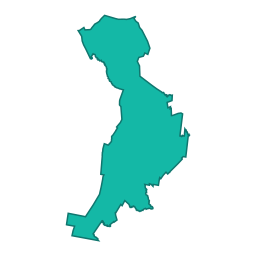 San Salvador, Entre Ríos, Argentina
{"feature_id": "61730980B4034945746834", "entity_name": "San Salvador", "entity_type": "district", "adm_level": 2, "iso_a3": "ARG", "parent_name": "Argentina", "parent_adm1": "Entre Ríos", "projection": "equal_earth", "projection_center": [-58.492, -31.58], "detail": "fine", "context": "isolated", "style": "filled", "palette": "teal", "viewbox_px": 256, "rotation_deg": 0, "n_neighbors": 0, "source": "geoboundaries", "source_scale": "gbopen_adm2", "svg_char_len": 5707}
<svg xmlns="http://www.w3.org/2000/svg" viewBox="0 0 256 256"><path d="M135.8,16.4L130.1,18.7L126.7,19.4L124.0,19.2L118.4,19.3L115.9,18.7L104.6,15.4L101.4,18.5L99.8,20.5L99.6,21.1L97.5,22.6L94.8,24.1L91.9,27.7L90.9,29.2L90.1,29.6L85.0,29.9L83.9,27.5L79.4,30.5L78.2,30.6L81.7,36.4L82.2,41.0L83.6,44.8L85.8,49.0L90.4,58.6L90.7,58.5L91.3,59.0L91.5,59.0L92.1,58.5L92.3,58.3L92.2,57.8L91.9,57.7L91.3,57.8L91.6,57.1L91.2,56.7L91.7,56.2L92.0,55.3L92.6,54.9L92.8,54.1L93.1,53.8L93.6,54.3L94.5,54.3L95.0,54.5L95.1,55.0L95.4,55.6L95.3,56.1L95.5,56.5L96.3,57.7L96.8,57.5L97.0,57.6L97.1,58.0L97.6,58.3L97.4,59.0L97.9,59.0L98.0,59.8L98.6,59.5L98.9,59.6L98.9,60.1L99.3,60.2L99.7,60.8L100.0,60.6L100.4,60.6L101.3,60.3L101.4,60.6L101.3,61.3L101.5,61.5L102.4,61.9L102.9,61.7L103.1,61.8L103.4,62.3L104.1,62.4L104.1,62.8L104.0,63.2L104.2,63.4L104.6,63.5L104.5,64.2L104.9,64.2L105.1,64.5L104.9,65.3L106.2,66.5L106.4,67.3L106.4,67.8L106.4,68.1L106.9,68.5L106.9,69.4L106.6,69.9L106.8,70.4L106.5,70.8L106.7,71.3L106.4,71.9L106.7,72.3L106.7,73.2L107.0,74.4L107.3,74.7L107.4,75.0L107.3,75.6L107.3,76.0L107.6,76.4L108.0,76.6L108.3,77.2L108.1,78.2L108.1,78.5L108.9,78.8L109.1,79.4L109.6,79.8L109.3,80.4L109.3,80.6L109.7,81.2L111.2,81.8L111.3,82.0L111.3,82.7L111.6,83.1L111.8,83.7L112.4,83.9L112.5,84.8L113.9,85.7L114.6,86.6L114.9,86.4L115.2,86.6L115.4,87.1L117.0,87.9L118.0,88.1L119.7,88.9L120.2,88.9L121.6,89.4L123.4,89.8L119.9,99.6L119.6,100.9L119.5,104.9L120.9,106.6L121.9,119.4L120.4,122.5L116.6,127.0L117.5,128.0L116.3,129.7L116.2,130.2L115.8,130.6L115.8,130.8L113.0,135.0L111.9,136.1L111.6,136.8L111.8,138.6L111.5,139.1L111.6,139.4L111.4,141.6L111.1,142.0L110.6,142.2L110.3,142.6L109.9,143.5L109.4,143.6L109.3,144.0L109.0,144.2L108.9,144.6L108.2,145.1L104.3,143.7L102.9,148.9L102.7,151.8L102.4,152.2L102.2,155.6L102.3,155.8L100.8,174.2L100.8,174.3L103.9,174.9L103.5,175.7L103.0,176.8L102.6,179.6L101.1,187.4L99.5,194.4L93.3,204.8L85.5,216.7L68.2,213.3L66.5,224.7L66.8,224.8L74.6,226.2L73.1,230.7L72.0,235.7L98.5,240.6L98.1,240.1L97.8,239.4L97.7,239.2L97.8,238.6L97.5,238.4L97.2,238.5L96.5,237.5L95.8,237.1L95.5,237.2L94.6,236.4L94.3,236.3L94.0,235.5L94.2,235.3L94.2,235.0L93.7,234.6L93.6,234.1L93.2,234.0L93.1,233.9L102.0,220.8L102.3,220.7L102.5,220.8L102.6,221.0L102.4,221.4L102.9,221.4L102.9,221.6L102.7,222.0L103.0,221.9L102.9,222.3L103.2,222.4L103.1,222.9L103.3,223.2L104.2,223.2L104.1,223.5L104.2,223.8L104.1,224.1L103.9,224.3L104.2,224.4L104.3,225.0L104.7,225.2L104.9,225.3L105.0,225.1L105.4,225.4L106.2,225.3L106.5,225.4L106.7,225.9L106.9,225.9L107.1,225.3L107.3,225.2L107.5,225.4L107.6,226.3L108.1,226.4L108.6,226.2L109.2,226.1L109.7,226.5L110.0,226.3L110.3,226.4L110.5,226.2L110.5,225.8L110.0,224.7L113.7,221.7L114.0,222.2L117.0,220.0L115.7,215.5L115.3,212.7L115.7,212.4L115.9,212.6L120.8,204.4L122.1,205.7L124.8,200.6L129.0,204.4L129.4,205.3L129.4,205.6L129.6,205.6L129.8,206.1L129.7,206.3L129.8,206.8L130.1,207.3L130.4,207.2L130.8,207.5L131.5,207.4L131.5,206.8L131.6,206.7L131.9,207.0L132.4,207.0L132.7,206.8L133.2,206.0L133.5,206.0L133.8,206.1L133.9,206.6L134.2,206.9L134.7,206.8L135.1,207.3L135.4,208.0L135.5,208.4L135.8,208.6L135.9,208.8L136.2,209.0L136.3,209.3L136.2,209.6L136.3,210.0L136.8,210.2L137.1,210.5L137.7,210.2L138.1,210.4L138.5,210.8L139.1,211.1L139.3,211.0L139.5,211.1L140.0,211.0L140.1,211.3L140.7,210.9L141.3,210.9L141.8,210.6L142.1,210.2L142.9,210.3L142.9,209.9L143.4,209.5L144.4,208.8L145.4,208.4L145.9,208.9L146.1,208.9L146.2,209.2L147.2,208.7L147.9,208.7L148.7,208.3L149.2,208.4L149.8,208.2L150.6,208.5L150.8,208.9L151.2,209.0L152.7,208.8L152.9,208.6L152.8,208.1L152.8,207.4L152.3,207.0L152.2,206.7L151.7,206.5L151.6,206.3L150.9,206.3L150.8,206.1L150.6,206.1L150.4,205.6L150.4,205.0L150.0,204.9L149.9,204.6L148.9,204.0L149.0,203.4L148.8,203.3L148.9,202.7L149.2,202.3L148.9,201.6L149.2,201.4L149.4,200.9L149.3,200.6L148.7,199.9L148.3,199.0L148.3,198.6L148.1,197.2L147.6,196.5L147.8,196.0L147.7,195.8L147.2,195.3L146.2,194.9L146.0,194.6L145.9,193.9L145.7,193.6L145.8,192.7L146.2,192.3L146.3,191.9L146.6,192.1L146.6,191.9L146.4,191.6L146.3,190.9L146.0,190.6L146.1,190.3L146.7,190.0L146.8,189.7L146.4,189.4L146.4,189.0L145.9,188.8L145.7,188.3L145.3,187.9L145.1,186.3L145.2,185.5L144.8,184.4L149.4,185.2L149.4,183.7L151.1,184.3L153.0,186.3L153.2,184.4L158.4,185.3L159.5,178.3L159.8,177.5L160.2,177.9L160.3,178.4L160.5,178.3L160.8,178.7L163.4,175.0L166.0,172.2L167.7,174.0L169.2,172.5L169.7,172.4L169.8,171.9L170.2,171.4L178.3,163.3L182.2,159.1L182.1,158.7L181.6,158.1L183.2,156.6L185.8,157.0L188.2,136.0L188.7,135.8L189.0,135.5L189.3,135.6L189.5,135.2L188.8,134.8L188.9,134.4L188.3,134.5L188.2,134.2L187.7,134.1L187.6,133.0L187.1,132.4L187.2,132.1L187.1,131.8L186.8,131.7L186.4,131.7L186.4,130.8L186.3,130.6L185.8,130.9L185.6,130.8L185.8,129.9L185.5,129.9L184.9,128.9L184.3,135.8L183.9,135.6L183.4,136.0L182.9,136.1L182.8,135.8L182.3,135.4L182.1,135.9L181.8,136.5L181.6,136.6L181.1,136.3L181.0,136.0L180.7,135.9L180.1,136.1L179.9,136.0L182.6,113.9L181.0,113.0L178.2,113.4L172.5,115.5L171.5,115.6L171.2,108.3L170.1,108.7L170.4,106.7L167.9,107.8L167.1,102.4L172.0,100.6L172.3,95.3L172.1,95.4L171.8,95.6L171.6,95.6L171.1,95.1L170.5,95.2L170.2,94.8L169.8,94.7L169.2,95.1L168.7,95.1L168.4,95.6L167.6,96.4L167.4,96.8L167.0,96.8L166.5,96.3L166.4,95.9L166.5,95.6L167.0,95.5L167.0,95.1L166.9,94.9L166.1,94.7L166.0,95.0L165.5,95.1L165.4,94.7L165.1,94.8L164.7,94.7L164.5,94.2L164.2,93.8L164.1,93.4L163.6,92.5L163.3,92.5L163.0,92.7L162.1,92.7L161.8,92.1L156.8,88.9L151.7,85.2L139.9,76.2L139.5,65.9L137.3,61.4L138.8,57.4L143.3,56.2L143.8,55.3L144.8,53.0L147.8,54.4L149.9,48.2L147.5,41.2L142.0,30.3L139.6,27.5L138.2,23.0L136.0,21.4L134.0,18.5L135.8,16.4Z" fill="#14b8a6" stroke="#0f766e" stroke-width="1.5"/></svg>